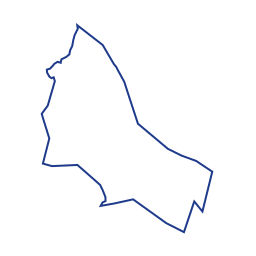 outline of Pau dos Ferros, Rio Grande do Norte, Brazil, rotated 15°
{"feature_id": "56859067B96737558006709", "entity_name": "Pau dos Ferros", "entity_type": "district", "adm_level": 2, "iso_a3": "BRA", "parent_name": "Brazil", "parent_adm1": "Rio Grande do Norte", "projection": "natural_earth1", "projection_center": [-38.202, -6.103], "detail": "fine", "context": "isolated", "style": "outline", "palette": "blue", "viewbox_px": 256, "rotation_deg": 15, "n_neighbors": 0, "source": "geoboundaries", "source_scale": "gbopen_adm2", "svg_char_len": 732}
<svg xmlns="http://www.w3.org/2000/svg" viewBox="0 0 256 256"><g transform="rotate(15 128 128)"><path d="M34.5,92.6L35.5,95.4L38.6,98.6L41.1,99.7L43.1,98.3L45.2,101.7L44.7,127.2L41.0,136.6L43.1,140.1L54.7,158.5L55.0,184.4L64.4,184.5L88.7,176.8L98.7,181.7L115.8,190.2L119.7,194.7L124.1,200.6L125.2,204.4L122.7,206.5L121.8,210.3L134.4,204.4L151.4,195.6L189.6,210.0L209.0,214.1L211.0,181.8L221.5,189.4L220.7,148.4L202.5,142.2L186.8,140.8L171.9,137.8L136.5,121.3L119.2,94.8L112.4,84.3L103.0,74.5L100.9,72.1L97.9,70.0L82.1,54.4L52.4,41.9L53.8,45.1L52.4,52.2L52.4,57.1L52.9,63.4L52.0,67.8L52.3,72.1L49.8,75.5L45.9,78.9L46.1,82.4L42.9,82.3L40.2,85.1L39.2,87.5L37.3,90.9L34.5,92.6Z" fill="none" stroke="#1e3a8a" stroke-width="2"/></g></svg>